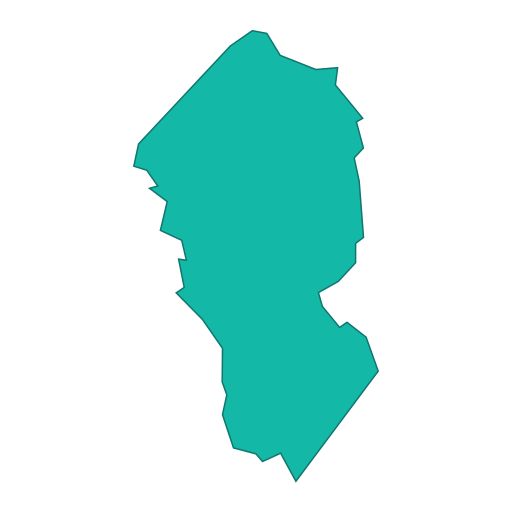 Calhoun, West Virginia, United States of America (Natural Earth projection)
{"feature_id": "52423323B5856421301049", "entity_name": "Calhoun", "entity_type": "district", "adm_level": 2, "iso_a3": "USA", "parent_name": "United States of America", "parent_adm1": "West Virginia", "projection": "natural_earth1", "projection_center": [-81.116, 38.829], "detail": "fine", "context": "isolated", "style": "filled", "palette": "teal", "viewbox_px": 512, "rotation_deg": 0, "n_neighbors": 0, "source": "geoboundaries", "source_scale": "gbopen_adm2", "svg_char_len": 676}
<svg xmlns="http://www.w3.org/2000/svg" viewBox="0 0 512 512"><path d="M337.6,67.7L315.8,69.5L280.2,55.4L266.8,33.4L252.3,30.7L230.4,45.9L138.6,143.9L133.8,166.2L146.7,170.2L157.8,186.0L149.5,188.3L167.2,201.6L160.4,230.4L181.7,240.3L186.4,260.2L178.6,259.1L184.2,287.4L176.2,292.8L202.5,319.5L222.5,348.3L222.2,382.0L226.8,394.8L222.5,414.7L233.5,447.9L256.0,453.9L262.5,461.5L280.6,453.2L295.9,481.3L339.3,423.2L378.2,371.1L366.1,337.2L347.0,322.3L339.6,327.4L322.4,306.5L318.4,292.6L338.3,281.4L355.6,262.7L355.6,243.4L363.5,237.4L359.2,181.3L354.2,157.9L363.4,148.0L356.4,121.9L362.7,118.3L335.4,85.0L337.6,67.7Z" fill="#14b8a6" stroke="#0f766e" stroke-width="1.5"/></svg>